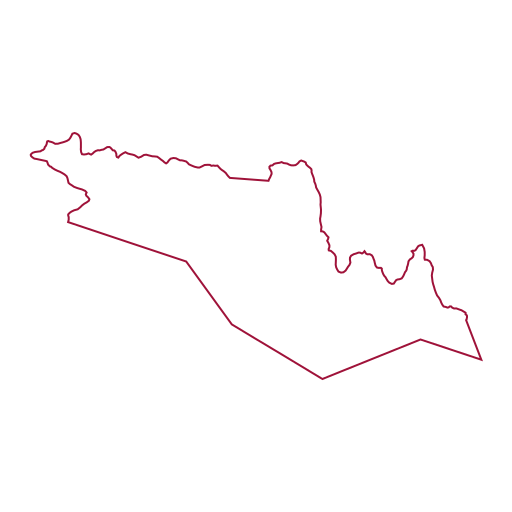 the district of Kandep District, Enga, Papua New Guinea
{"feature_id": "67681753B44837730459554", "entity_name": "Kandep District", "entity_type": "district", "adm_level": 2, "iso_a3": "PNG", "parent_name": "Papua New Guinea", "parent_adm1": "Enga", "projection": "albers", "projection_center": [143.384, -5.743], "detail": "fine", "context": "isolated", "style": "outline", "palette": "rose", "viewbox_px": 512, "rotation_deg": 0, "n_neighbors": 0, "source": "geoboundaries", "source_scale": "gbopen_adm2", "svg_char_len": 4578}
<svg xmlns="http://www.w3.org/2000/svg" viewBox="0 0 512 512"><path d="M422.2,244.8L419.4,245.5L418.1,246.3L416.8,248.3L415.5,250.2L414.3,250.8L412.6,250.7L411.7,251.2L412.5,252.1L413.5,253.7L413.5,255.2L412.9,257.0L411.6,258.3L409.9,259.4L408.5,261.3L408.1,263.7L407.6,265.7L407.0,267.2L406.7,269.5L406.1,270.8L405.0,272.2L404.0,274.6L403.1,276.4L401.7,278.4L399.6,279.2L397.5,279.5L396.2,280.1L394.9,281.9L393.8,283.6L391.8,283.9L389.2,282.6L387.7,281.0L386.5,279.0L385.5,277.2L384.3,275.9L383.3,274.2L382.6,272.5L382.1,271.1L381.8,269.8L381.8,268.6L381.0,267.9L378.5,267.9L376.9,267.5L375.5,265.6L374.7,262.5L374.3,260.6L373.5,258.7L372.9,257.0L371.8,255.3L369.8,254.2L367.3,254.3L365.9,253.5L365.2,252.1L364.5,251.2L363.5,252.5L362.0,253.5L360.0,252.6L358.5,252.6L356.1,253.5L353.7,254.2L351.1,255.7L350.0,257.6L349.9,259.5L350.4,262.6L349.5,264.9L348.0,266.8L346.9,268.6L345.6,270.6L343.4,272.3L341.0,272.6L338.5,271.6L337.2,269.5L336.2,267.4L335.7,264.8L335.8,262.2L335.9,259.8L335.8,256.7L334.6,254.3L332.9,252.6L330.9,250.9L328.8,250.4L328.6,249.1L329.4,247.1L329.4,245.2L328.5,243.1L327.8,241.8L327.2,240.8L328.1,238.9L328.5,237.3L326.8,235.6L325.6,234.0L324.3,232.3L322.7,231.4L321.1,231.3L321.1,229.5L321.5,227.0L320.8,224.0L320.2,221.3L320.1,218.6L320.5,216.4L320.9,213.2L321.0,209.7L320.8,207.6L320.5,204.6L320.7,202.3L320.6,199.4L320.5,197.1L319.8,194.5L318.7,192.1L317.4,189.8L316.1,187.4L315.8,185.5L315.2,183.6L314.3,181.7L314.1,179.5L313.5,177.4L312.8,175.5L312.1,173.8L311.5,172.0L311.6,170.5L311.3,169.1L309.9,167.7L308.4,166.6L307.0,165.3L306.2,164.4L305.7,162.5L304.0,161.5L302.5,161.0L301.2,160.5L299.5,161.4L298.5,162.7L297.4,163.8L295.6,165.1L293.3,165.4L291.1,165.3L289.1,164.6L287.3,163.6L285.5,163.3L283.7,163.1L281.6,162.1L279.5,162.8L277.4,163.1L275.7,163.4L274.1,163.9L272.4,165.4L270.5,165.6L269.4,166.8L269.5,168.4L270.5,170.0L271.5,172.1L271.6,173.9L270.9,175.5L270.1,177.4L269.2,178.9L268.5,180.8L229.9,177.9L228.3,176.3L227.0,174.7L225.8,173.0L223.7,171.2L221.9,170.0L220.5,168.9L218.9,167.2L217.5,165.6L215.0,165.8L213.5,165.5L211.4,165.8L209.9,164.9L207.9,164.8L204.6,165.0L202.3,166.2L199.6,167.5L197.7,167.5L196.4,167.2L194.7,166.8L192.9,166.1L190.8,165.2L188.9,164.3L187.8,163.0L186.2,161.5L183.4,160.7L181.6,160.3L180.0,160.3L178.3,159.5L176.0,158.3L173.4,158.0L170.6,158.7L168.9,160.4L167.4,162.5L166.1,163.4L164.5,162.4L163.0,161.0L160.9,159.5L159.2,158.1L157.2,156.7L154.3,156.4L152.4,156.3L149.6,155.6L146.2,154.7L143.9,155.0L141.2,156.7L138.5,157.7L136.6,156.5L134.5,155.2L132.5,154.6L130.4,154.2L127.8,153.5L125.4,152.2L123.2,153.3L121.2,154.6L119.6,155.8L118.3,157.6L116.9,157.0L116.4,155.8L116.3,153.8L115.4,151.6L114.4,150.5L112.8,150.3L111.6,148.9L110.4,147.6L109.4,147.0L107.2,147.1L105.0,148.5L103.4,149.5L101.6,149.8L99.5,150.4L98.0,150.2L95.7,151.0L94.0,152.2L92.7,153.5L91.1,154.6L89.7,154.0L88.6,153.4L86.4,154.2L84.0,154.5L82.0,154.2L81.1,152.0L80.8,149.2L80.9,147.8L80.9,144.7L80.9,142.8L80.8,141.1L80.6,139.2L79.9,137.1L78.9,135.4L77.8,134.4L76.4,133.6L74.6,133.0L72.4,133.7L71.5,135.6L70.4,137.7L69.0,139.6L66.9,140.9L64.5,141.8L62.6,142.4L60.6,142.9L58.0,143.7L55.2,143.8L52.7,142.4L50.8,141.8L49.3,141.5L48.4,141.0L47.3,141.3L47.0,142.0L46.7,143.9L45.9,145.8L44.8,147.1L44.3,148.8L42.8,150.1L41.7,150.4L40.5,151.3L38.0,151.6L35.0,152.0L32.6,152.8L31.2,154.0L30.7,154.9L31.1,156.1L32.5,157.4L34.3,158.6L36.6,159.0L46.0,161.0L46.9,161.3L47.5,162.7L48.1,164.6L49.9,166.4L51.2,166.8L52.1,167.8L54.8,169.5L57.5,170.8L60.0,171.8L62.2,173.0L64.5,174.4L66.6,176.2L67.4,178.0L67.9,180.1L68.5,182.8L69.9,184.1L71.7,185.2L74.0,186.8L77.1,188.0L79.4,188.7L81.9,189.4L85.2,190.9L86.6,192.5L85.8,194.3L86.3,195.7L88.1,197.4L89.4,199.2L88.9,200.7L86.8,202.3L84.3,203.7L82.1,205.4L80.3,207.2L77.7,209.3L74.1,210.3L71.4,211.6L69.7,212.8L68.2,214.4L68.2,215.6L68.7,217.1L68.7,219.7L68.1,222.1L131.8,243.4L186.2,261.5L231.8,324.4L254.8,338.3L283.7,355.6L322.4,379.0L341.7,371.2L394.9,349.8L420.5,339.5L481.3,359.7L466.1,320.1L466.6,319.4L466.7,318.8L467.0,317.3L467.0,316.0L466.7,315.2L466.0,314.7L465.5,314.2L465.6,313.7L465.7,313.0L465.4,312.6L461.4,310.2L460.4,309.9L456.3,308.4L454.1,308.5L452.3,307.7L451.0,306.4L449.8,306.4L448.6,307.4L447.4,307.6L446.0,307.0L443.6,306.5L442.2,304.5L441.2,302.5L440.4,300.3L439.0,297.9L437.1,295.5L435.9,292.7L434.8,289.7L434.0,286.8L433.2,284.3L432.6,281.9L432.3,279.6L431.8,275.5L432.2,272.7L433.0,269.6L432.8,267.1L431.6,265.1L431.0,263.3L429.6,261.2L427.1,259.8L424.8,259.7L424.4,258.0L424.7,255.2L424.7,252.0L424.1,248.4L422.2,244.8Z" fill="none" stroke="#9f1239" stroke-width="2"/></svg>